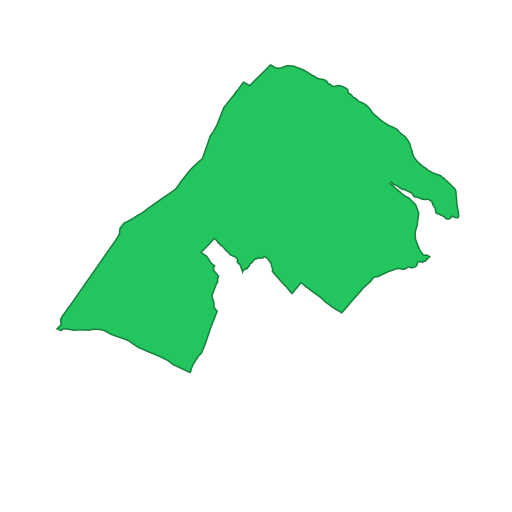 the district of Kaskazini B, Kaskazini-Unguja, United Republic of Tanzania, rotated 133°
{"feature_id": "72390352B15073652071238", "entity_name": "Kaskazini B", "entity_type": "district", "adm_level": 2, "iso_a3": "TZA", "parent_name": "United Republic of Tanzania", "parent_adm1": "Kaskazini-Unguja", "projection": "mercator", "projection_center": [39.266, -5.966], "detail": "fine", "context": "isolated", "style": "filled", "palette": "green", "viewbox_px": 512, "rotation_deg": 133, "n_neighbors": 0, "source": "geoboundaries", "source_scale": "gbopen_adm2", "svg_char_len": 5917}
<svg xmlns="http://www.w3.org/2000/svg" viewBox="0 0 512 512"><g transform="rotate(133 256 256)"><path d="M138.0,128.5L138.9,131.9L140.8,133.5L141.0,135.6L140.5,137.4L140.4,139.2L138.1,144.4L135.0,150.7L130.4,155.6L123.6,159.1L113.8,166.1L109.7,174.0L109.3,183.9L110.7,188.4L111.6,207.3L109.6,207.5L109.9,204.1L109.2,202.9L108.5,201.1L108.3,200.1L108.1,196.8L107.6,195.8L107.6,194.7L107.1,194.1L106.2,192.6L105.6,190.9L104.6,187.7L104.0,186.0L103.9,184.3L104.6,182.2L104.6,180.6L103.7,179.1L102.8,178.1L102.5,176.9L102.0,175.8L101.3,173.6L99.9,171.5L98.5,170.0L97.1,168.9L96.8,167.8L96.9,167.0L96.1,164.8L96.4,164.0L97.0,163.3L97.5,162.2L97.9,161.8L98.4,159.7L98.9,157.4L99.4,156.8L101.3,154.7L101.6,153.8L101.5,153.0L101.3,152.0L100.3,150.5L100.2,149.0L99.8,148.1L99.4,147.0L99.2,145.8L98.8,144.5L99.1,143.1L98.9,142.7L98.9,141.6L98.1,141.2L97.5,140.4L97.2,140.0L95.9,139.7L94.8,139.8L93.6,139.8L92.9,139.6L92.9,138.8L92.4,137.7L92.1,136.8L90.6,134.6L90.2,134.4L89.3,134.7L88.5,135.1L87.6,136.0L86.4,137.2L85.1,139.0L84.5,139.7L83.9,140.9L82.8,142.1L80.7,145.1L79.3,146.3L77.6,148.1L74.9,151.2L72.7,153.6L71.8,154.7L71.5,155.9L71.1,157.1L71.2,158.9L71.3,160.5L71.2,161.3L71.0,163.6L71.1,165.5L70.9,167.5L71.3,169.0L71.1,170.4L70.9,172.0L71.4,172.8L71.5,173.6L71.3,175.3L71.9,177.3L72.5,178.3L74.8,183.6L74.9,184.6L76.0,189.0L76.0,191.5L76.4,193.6L76.7,195.4L76.7,197.8L76.8,199.7L76.9,201.7L76.6,204.3L76.2,206.6L75.9,208.0L75.0,210.1L74.3,211.5L73.2,212.7L72.6,213.7L71.7,216.0L70.1,218.2L68.7,220.6L68.2,222.8L67.4,225.7L67.2,227.9L67.0,228.7L67.4,231.0L67.7,233.9L67.5,236.8L67.1,238.0L67.4,239.9L67.7,240.5L67.7,241.2L68.4,243.6L69.4,246.3L70.2,248.7L71.2,254.6L71.7,258.5L71.5,260.0L71.7,262.6L71.9,267.1L71.7,269.5L71.1,271.3L70.7,274.0L70.5,276.1L70.5,278.0L70.7,280.0L71.4,282.5L72.7,286.2L73.0,287.4L73.0,287.7L72.7,288.3L73.0,291.5L73.8,293.0L73.4,294.5L73.2,295.9L73.3,297.5L73.5,298.5L73.8,298.9L73.7,299.3L72.9,301.0L72.3,301.7L71.8,302.6L71.8,303.8L72.5,306.8L73.9,310.2L74.9,311.9L77.4,313.6L79.4,315.1L79.7,316.0L79.8,318.3L79.8,318.8L80.5,319.8L80.7,321.4L80.0,322.5L80.1,325.0L81.1,327.2L84.2,332.0L84.8,336.0L85.8,339.1L86.6,344.2L87.6,348.3L89.4,352.9L90.6,355.7L91.3,357.7L95.2,362.7L97.9,364.3L101.6,366.0L103.9,368.2L105.0,369.4L105.3,371.5L105.8,373.8L106.3,375.7L107.3,375.7L135.9,376.9L135.9,377.4L136.6,380.7L136.8,381.5L137.0,382.2L137.3,383.6L138.5,383.6L140.8,383.3L142.6,383.2L144.7,382.8L146.0,382.6L148.1,382.5L148.6,382.5L149.5,382.5L149.9,382.5L150.3,382.3L151.1,382.2L151.5,382.4L151.8,381.9L152.5,382.0L153.4,381.9L154.4,381.9L169.2,380.8L170.4,380.3L170.5,380.3L187.1,373.8L194.8,371.8L199.1,371.4L221.4,361.6L228.1,362.3L234.5,362.8L240.4,362.7L247.8,362.0L252.1,361.8L255.9,361.1L262.4,360.4L278.9,364.1L293.2,367.1L302.3,368.7L307.8,370.5L313.5,371.8L322.0,374.9L324.1,374.7L325.4,374.5L326.5,374.4L326.8,374.6L327.4,374.6L327.8,374.4L328.3,374.4L328.6,374.3L329.2,373.7L329.9,373.3L330.4,373.0L330.7,372.9L331.0,372.7L331.4,372.3L331.9,371.8L332.0,371.5L332.4,371.3L332.7,371.0L337.3,369.8L416.0,358.6L432.9,356.5L433.4,356.0L433.6,355.7L433.8,355.6L434.0,355.6L434.4,355.8L435.0,355.9L435.6,355.8L435.7,355.7L436.2,355.1L436.4,354.9L436.6,354.7L437.0,353.9L437.2,353.7L437.4,353.3L437.6,353.1L438.1,352.9L439.4,351.9L439.7,351.6L440.1,351.7L440.5,351.7L441.1,351.5L441.4,351.5L441.7,351.7L442.1,351.8L445.0,351.8L444.8,351.4L444.3,350.1L443.8,348.2L442.8,347.4L441.2,347.5L440.4,347.1L437.4,343.1L434.3,338.3L431.3,335.7L427.3,331.2L423.9,327.4L421.2,325.5L418.0,322.3L415.4,318.8L413.5,314.5L413.3,313.4L412.6,310.4L411.8,307.6L410.9,305.8L410.0,303.5L406.6,295.9L405.2,292.7L404.5,289.9L404.2,286.0L403.0,279.4L399.5,269.6L395.1,257.8L392.5,248.9L392.0,242.6L388.7,232.5L386.2,224.8L385.7,224.9L384.9,225.3L384.5,225.5L384.4,225.3L383.7,225.8L383.0,226.2L382.8,226.4L382.6,226.5L382.5,226.4L382.1,226.6L377.9,228.1L368.5,229.8L363.9,229.7L354.7,233.3L338.9,240.4L322.9,246.7L322.3,251.4L318.7,255.2L315.4,261.0L304.3,265.6L300.8,266.4L300.1,267.7L296.4,269.6L296.1,270.8L296.1,271.4L295.7,274.3L295.6,275.3L295.5,275.8L295.6,276.7L295.4,277.1L294.8,277.7L294.4,278.2L293.6,278.9L293.5,279.2L293.4,279.6L291.7,279.3L291.6,280.0L291.6,281.2L291.6,281.6L291.8,284.8L291.3,285.9L290.9,287.4L289.8,292.3L290.3,294.2L290.8,296.9L290.8,298.6L281.0,298.4L278.5,298.4L271.4,298.5L271.7,293.6L272.3,292.7L271.7,290.9L272.4,289.5L271.8,287.6L272.0,284.5L272.5,281.6L272.2,279.5L272.4,277.0L272.7,275.9L271.4,271.9L271.0,271.3L270.7,269.1L270.8,268.5L271.0,267.5L271.8,266.4L273.2,265.7L273.5,263.1L272.7,262.8L276.7,255.0L276.2,255.3L275.7,255.4L274.7,255.2L274.3,255.2L271.9,254.4L271.4,254.0L271.1,253.9L270.8,254.1L270.3,254.2L269.5,254.1L267.7,254.1L267.2,254.4L266.5,254.8L265.8,255.0L264.8,254.9L263.9,254.5L263.2,254.5L261.8,254.6L261.0,254.8L260.6,254.8L260.2,254.9L259.2,254.9L258.8,254.3L258.1,253.8L257.5,253.9L256.1,253.0L255.0,252.0L253.1,249.8L251.5,249.7L250.6,249.7L249.9,246.3L250.6,242.7L251.3,239.6L252.9,237.6L253.7,235.5L254.7,234.7L255.4,234.1L256.1,233.4L257.7,218.6L257.9,212.5L258.8,206.6L258.7,203.9L256.3,204.2L254.1,204.5L251.0,204.3L248.4,204.7L245.0,204.8L244.6,203.9L244.5,202.4L244.5,200.2L244.5,198.3L244.3,197.5L244.1,196.4L244.0,195.6L243.9,193.6L242.2,180.0L242.3,173.3L241.7,169.0L241.5,166.7L240.2,159.6L239.9,158.6L239.5,156.5L239.0,154.5L221.8,155.2L215.3,155.3L205.5,155.7L196.2,154.8L195.4,155.0L192.4,155.3L190.3,154.9L188.3,153.0L187.3,152.5L186.6,152.2L186.4,152.0L184.5,151.5L180.9,150.0L177.3,148.6L169.1,144.3L166.9,142.0L166.1,140.1L164.1,138.3L162.4,137.7L160.8,137.5L159.8,136.9L158.9,134.7L158.3,133.9L156.2,132.6L154.7,132.0L152.7,132.2L150.1,133.6L148.7,132.6L148.0,131.4L146.9,129.8L146.1,130.1L145.3,130.2L144.9,129.8L144.6,129.3L144.6,128.8L144.4,128.5L143.9,128.4L143.5,128.7L142.2,129.3L141.8,128.7L141.3,128.4L140.5,128.8L139.4,128.9L138.8,128.4L138.0,128.5Z" fill="#22c55e" stroke="#15803d" stroke-width="1.5"/></g></svg>